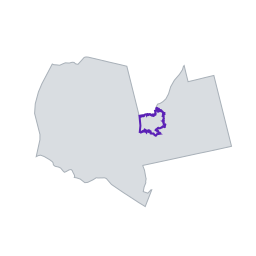 Sayaxché, Petén, Guatemala shown in context, rotated 76°
{"feature_id": "79465075B52336301108850", "entity_name": "Sayaxché", "entity_type": "district", "adm_level": 2, "iso_a3": "GTM", "parent_name": "Guatemala", "parent_adm1": "Petén", "projection": "natural_earth1", "projection_center": [-90.182, 16.297], "detail": "fine", "context": "in_parent", "style": "outline", "palette": "violet", "viewbox_px": 256, "rotation_deg": 76, "n_neighbors": 0, "source": "geoboundaries", "source_scale": "gbopen_adm2", "svg_char_len": 6275}
<svg xmlns="http://www.w3.org/2000/svg" viewBox="0 0 256 256"><g transform="rotate(76 128 128)"><path d="M47.6,186.0L48.6,184.8L49.5,182.0L50.6,179.1L50.0,175.8L49.6,173.1L50.8,169.2L50.7,166.3L51.3,164.5L53.1,163.3L54.1,161.1L48.9,153.4L48.9,151.6L49.6,149.5L53.8,141.3L58.9,131.5L64.4,120.7L67.8,114.2L79.9,114.2L87.9,114.2L98.1,114.2L109.2,114.2L116.4,114.2L119.4,114.1L118.9,109.9L119.3,105.2L120.7,101.0L120.7,99.1L118.5,96.8L114.3,95.5L112.0,93.5L111.9,90.9L110.9,87.8L108.9,84.2L104.7,80.4L98.3,76.6L92.9,71.5L88.4,65.1L84.6,61.0L81.6,59.3L81.0,58.4L89.5,58.5L97.6,58.5L97.7,49.3L97.7,41.2L97.8,32.0L112.5,32.0L130.0,32.0L148.2,32.0L162.5,32.0L170.8,32.0L170.5,43.5L170.1,56.7L169.7,66.4L169.3,79.4L168.9,92.7L168.3,110.8L167.9,122.5L168.1,122.8L172.9,122.2L180.0,122.7L181.7,122.7L183.9,123.7L185.5,124.0L189.1,126.6L193.4,128.6L196.0,124.6L194.6,122.2L193.6,120.9L193.7,119.9L208.4,130.3L206.7,131.9L203.0,135.6L196.2,141.9L190.1,147.6L184.3,152.8L179.1,157.4L178.4,157.9L171.8,161.2L170.7,162.7L169.2,169.3L168.6,170.9L169.8,174.5L171.0,180.2L170.6,183.1L166.0,186.7L163.9,190.0L163.0,192.1L162.2,191.5L160.7,191.4L157.4,192.2L155.8,192.4L154.5,193.3L154.4,195.3L155.3,198.6L155.6,200.3L154.6,201.1L150.6,203.0L149.0,205.0L147.5,208.0L145.7,209.3L143.8,209.1L142.5,209.5L139.7,211.8L135.4,216.2L133.2,219.4L133.1,221.9L133.6,224.0L118.1,216.3L113.0,215.0L91.3,215.1L82.0,212.1L71.4,206.2L64.3,200.9L47.6,186.0Z" fill="#d9dde1" stroke="#a8b0b8" stroke-width="1"/><path d="M128.8,115.4L134.3,117.4L135.5,117.9L135.4,117.8L135.3,117.5L135.4,116.8L135.5,116.6L135.4,116.5L135.2,116.6L134.9,116.6L134.8,116.4L134.9,116.2L135.1,116.0L135.3,115.3L135.2,115.2L134.9,115.0L134.7,114.8L134.7,114.6L134.5,114.4L134.5,114.2L134.5,113.8L134.5,113.7L135.0,113.8L135.1,113.7L135.3,113.6L135.3,113.3L135.0,113.0L134.7,113.1L134.6,112.8L134.5,112.7L134.2,112.4L133.9,112.5L133.7,112.4L133.5,112.2L133.8,111.9L133.8,112.2L133.9,112.3L134.2,112.1L134.4,112.2L134.7,112.0L134.8,112.0L135.1,112.2L135.3,112.1L135.4,111.9L135.6,112.0L135.9,112.0L136.1,111.6L136.4,111.2L136.8,111.1L136.6,110.9L136.3,111.0L136.1,110.8L135.9,110.7L135.8,110.8L136.0,111.0L135.9,111.1L135.5,110.6L135.5,110.3L135.7,110.2L135.7,109.8L135.9,109.5L135.5,109.4L135.3,109.5L135.3,109.3L135.6,109.0L135.8,109.0L136.2,109.1L136.3,108.9L135.9,108.4L135.7,108.7L135.6,108.8L135.4,108.6L135.2,108.5L135.2,108.4L135.7,108.1L136.0,108.0L135.9,107.7L136.2,107.5L136.4,107.5L136.5,107.5L136.4,107.4L136.6,107.3L136.6,107.5L136.8,107.7L136.8,107.4L137.0,107.5L137.3,107.6L137.5,107.6L138.0,107.4L138.3,107.0L138.5,107.3L138.8,107.3L138.9,106.9L138.8,106.6L139.0,106.5L139.0,106.3L139.3,106.0L139.3,105.6L139.5,105.3L139.5,105.2L139.5,104.6L139.9,104.4L140.0,104.4L140.3,104.2L140.6,104.2L140.8,104.2L141.0,103.9L141.4,103.6L141.5,103.4L141.6,103.5L141.7,103.4L142.1,103.2L142.2,102.9L142.2,102.7L141.9,102.3L141.8,102.2L140.9,101.2L141.1,100.6L141.3,98.4L141.2,98.5L141.1,98.3L141.1,98.5L140.8,98.6L140.7,98.9L140.7,99.1L140.3,99.2L140.1,98.8L140.0,99.0L139.9,99.0L139.6,99.2L139.7,99.3L139.6,99.6L139.1,99.5L138.9,99.7L138.7,99.8L138.6,99.7L138.4,99.8L138.2,100.0L138.1,99.9L138.0,100.1L138.1,100.4L137.9,100.4L137.8,100.5L137.7,100.4L137.6,100.6L137.5,100.8L137.3,101.0L137.2,101.2L137.1,101.4L136.7,101.7L136.5,101.4L136.4,101.3L136.4,101.2L136.2,101.0L136.3,100.8L136.1,100.7L136.0,100.3L136.0,100.2L135.8,100.0L135.8,99.8L135.8,99.6L135.3,99.2L135.2,98.9L135.7,98.8L135.8,98.7L135.8,98.2L135.6,98.0L135.6,97.9L135.9,97.4L136.0,96.7L135.7,96.3L135.8,95.8L135.8,95.4L135.8,95.1L135.7,95.0L135.4,95.0L135.3,94.9L135.2,94.5L135.1,94.2L135.2,93.8L135.3,93.3L136.0,92.4L136.0,92.2L135.9,92.0L135.7,92.0L135.4,92.2L135.1,91.8L134.7,91.5L134.5,91.4L134.3,91.3L133.9,91.1L133.7,91.6L133.6,91.3L133.4,91.3L133.3,92.0L133.2,92.2L132.9,92.3L132.1,92.3L131.4,92.5L131.1,92.5L131.0,92.4L131.1,92.1L131.1,91.9L130.8,91.8L130.5,91.9L130.3,92.1L130.0,92.2L129.9,92.4L129.8,92.5L129.8,92.1L129.7,91.8L129.5,91.5L129.3,91.4L129.1,91.4L128.8,91.9L128.6,92.0L128.4,91.9L127.8,91.2L127.5,90.9L127.3,90.9L127.1,91.1L126.9,91.1L126.5,90.9L126.0,90.8L125.6,90.6L125.3,90.6L125.1,90.7L125.0,90.9L125.0,91.1L125.0,91.3L124.8,91.5L123.7,90.4L123.2,90.5L123.1,90.4L123.0,90.2L123.1,89.9L123.3,89.9L123.5,89.9L123.7,89.7L123.5,89.3L123.4,89.2L122.8,89.3L122.2,89.1L122.1,89.4L122.5,90.2L122.5,90.5L122.0,90.3L121.6,90.4L121.4,90.3L121.0,90.3L120.6,90.4L120.5,90.5L120.5,90.9L120.4,91.1L120.1,91.3L119.9,91.2L119.7,91.1L118.7,91.6L118.6,91.8L118.7,92.0L119.1,92.1L119.3,91.8L119.5,91.8L119.6,92.0L119.5,92.4L119.3,93.0L119.2,93.7L119.3,94.1L119.5,94.5L119.4,94.8L118.9,94.6L118.8,93.8L118.7,92.9L118.2,92.7L117.9,93.2L117.9,93.6L117.7,93.7L117.4,93.5L117.3,93.3L117.4,93.0L117.2,93.2L116.9,93.3L116.6,93.7L116.5,94.5L116.6,94.8L116.3,94.8L116.1,94.7L115.8,94.8L115.6,94.9L115.4,95.3L115.5,95.6L116.2,96.0L116.4,95.9L116.5,95.6L116.8,95.4L117.1,95.5L117.3,95.6L117.4,96.1L117.5,96.2L117.9,95.9L118.2,95.9L118.2,96.1L118.1,96.8L117.8,97.3L117.8,97.6L118.4,97.6L119.0,97.7L119.5,97.6L119.9,97.6L120.4,97.6L120.6,97.7L120.8,98.3L121.0,98.5L121.2,98.3L121.4,98.0L121.7,98.1L121.8,98.2L121.7,98.5L121.3,98.8L121.2,99.0L121.4,99.4L121.8,99.8L122.1,99.9L122.3,99.9L122.5,100.1L122.5,100.4L122.3,100.6L122.1,100.5L121.8,100.1L121.5,99.9L121.3,100.0L120.9,100.5L120.8,100.8L120.9,101.2L121.0,101.2L121.0,100.7L121.3,100.7L121.4,101.1L122.0,101.3L122.0,101.5L121.9,101.7L121.8,101.8L121.5,101.6L121.3,101.6L121.1,101.9L120.8,102.2L120.8,102.4L120.9,102.6L121.0,102.7L120.8,103.1L120.6,103.2L120.3,103.1L119.9,103.2L119.8,103.4L119.8,103.6L120.0,103.8L119.7,104.1L119.7,104.4L119.8,104.5L120.0,104.6L120.2,104.9L120.4,105.1L120.4,105.3L120.3,105.5L120.1,105.6L119.7,105.2L119.3,105.5L119.1,105.9L119.2,106.1L119.4,106.2L119.7,106.0L119.8,106.0L119.8,106.3L120.1,106.6L119.8,106.6L119.7,106.7L119.2,107.0L119.1,107.4L119.0,107.9L119.2,108.8L119.3,108.9L119.8,109.1L120.1,109.3L120.2,109.5L120.3,109.9L119.7,110.2L119.4,110.2L119.3,110.4L119.3,110.6L119.4,110.8L119.9,110.9L120.1,111.0L120.0,111.4L120.1,111.8L119.9,112.0L119.3,111.6L119.1,111.6L119.0,112.3L119.0,112.7L119.0,113.0L119.3,113.1L119.6,112.7L119.9,112.5L120.1,112.5L120.2,112.9L119.8,113.0L119.4,113.6L119.6,113.9L119.5,114.0L128.8,115.4Z" fill="none" stroke="#5b21b6" stroke-width="2"/></g></svg>